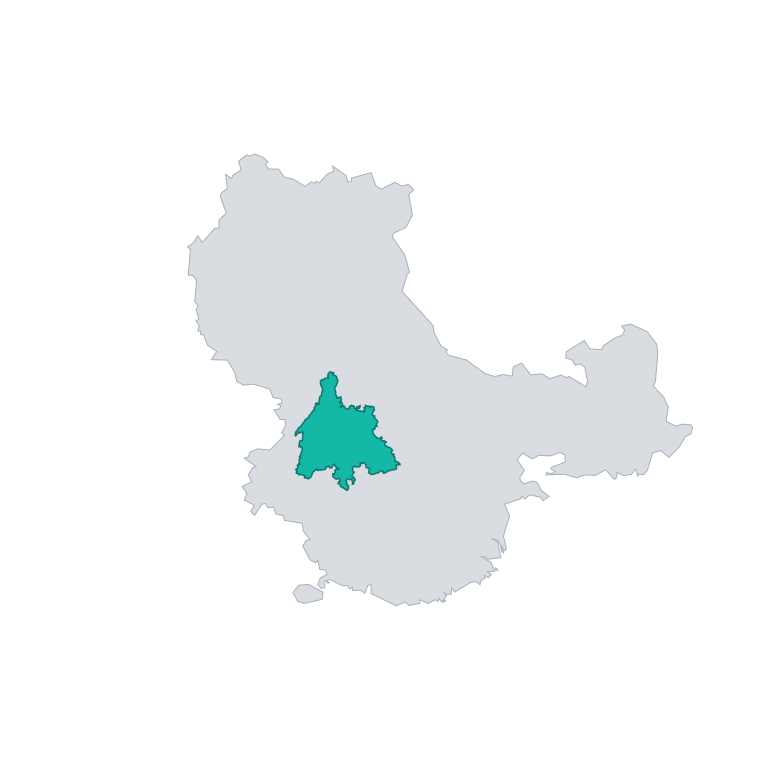 Sichuan highlighted on a map of China, rotated 43°
{"feature_id": "CHN-1809", "entity_name": "Sichuan", "entity_type": "Province", "adm_level": 1, "iso_a3": "CHN", "parent_name": "China", "parent_adm1": "", "projection": "orthographic", "projection_center": [103.034, 30.167], "detail": "fine", "context": "in_parent", "style": "filled", "palette": "teal", "viewbox_px": 768, "rotation_deg": 43, "n_neighbors": 0, "source": "natural_earth", "source_scale": "10m", "svg_char_len": 9813}
<svg xmlns="http://www.w3.org/2000/svg" viewBox="0 0 768 768"><g transform="rotate(43 384 384)"><path d="M450.1,563.1L435.1,557.9L433.6,551.6L436.2,548.2L425.5,546.7L419.1,541.7L404.1,551.7L400.4,548.8L393.2,552.9L387.4,549.2L383.5,553.7L378.8,552.3L376.7,555.1L378.9,568.5L373.4,567.9L371.6,561.1L360.9,564.2L358.4,557.5L350.0,555.7L354.0,546.0L346.8,543.0L345.0,534.2L346.8,531.6L332.6,533.6L334.3,529.8L332.5,524.8L336.0,517.4L345.5,510.3L346.2,489.4L342.4,489.5L340.5,482.1L336.0,477.5L332.2,480.8L321.1,477.8L324.6,473.7L323.2,470.1L319.9,471.5L322.5,467.6L319.2,465.0L312.1,469.6L304.2,465.6L289.0,472.8L282.1,480.6L274.5,482.5L267.4,477.5L253.2,473.3L241.2,483.9L239.5,474.1L228.6,476.1L218.6,471.1L216.1,472.9L213.6,470.2L211.8,472.4L209.2,467.5L203.5,466.1L204.4,462.8L195.5,457.4L194.8,453.4L189.5,452.9L176.5,436.3L170.3,434.9L166.6,437.9L150.5,417.4L146.9,417.8L148.4,410.0L146.7,402.5L154.5,404.5L154.0,385.4L157.1,382.4L151.7,376.8L152.0,366.5L136.3,358.4L134.7,355.0L136.1,347.8L125.1,338.7L132.4,337.5L131.2,334.4L133.5,324.9L125.6,320.1L127.4,310.0L130.1,309.1L132.6,303.9L141.2,300.7L147.7,300.6L147.5,304.6L153.0,305.4L160.3,298.8L170.6,300.7L177.5,296.2L191.5,293.3L193.0,285.9L196.7,284.2L196.0,281.9L199.7,281.2L199.2,269.6L202.2,262.7L197.9,259.7L214.0,257.4L220.0,261.2L221.7,257.9L219.8,255.5L230.4,238.3L243.2,244.8L249.4,243.0L254.5,228.9L261.7,227.4L265.8,221.4L273.2,221.6L273.0,228.7L289.6,241.2L293.3,254.7L288.3,266.6L289.5,270.6L311.6,275.7L326.5,284.8L326.0,287.6L334.0,303.9L379.9,307.8L385.8,312.4L400.0,317.3L407.2,315.7L407.2,318.3L411.7,319.0L427.7,310.3L450.8,307.5L460.0,302.9L464.7,295.8L472.4,290.8L466.9,283.3L470.3,274.8L485.2,277.3L492.5,268.9L501.8,267.1L507.4,256.5L513.6,254.9L514.0,252.2L533.5,248.4L531.0,243.1L519.3,234.8L513.5,235.6L510.9,239.9L505.7,238.0L499.2,240.9L495.3,236.1L500.8,215.6L510.7,218.0L519.9,210.2L518.3,206.4L521.7,192.0L525.2,185.7L523.2,180.5L518.4,179.5L523.3,172.2L540.6,166.2L556.3,168.9L563.7,175.3L580.8,197.1L582.1,201.7L597.7,203.0L607.5,206.9L615.7,219.0L626.3,215.8L629.3,210.1L636.1,204.8L639.3,205.3L642.4,211.0L640.3,216.9L642.9,229.3L642.4,243.4L632.0,243.9L627.4,251.2L635.4,267.3L635.8,273.2L631.4,276.5L632.9,278.5L626.1,274.5L626.6,281.2L621.8,287.5L614.7,289.9L618.0,293.8L617.6,296.6L604.6,295.5L601.0,306.4L592.9,313.6L589.0,321.0L577.3,327.2L564.4,340.1L563.5,337.9L568.2,334.8L568.7,331.3L563.9,332.2L563.4,330.3L569.9,317.4L564.8,312.4L559.2,314.3L554.7,323.2L546.0,330.4L543.5,337.8L532.6,339.9L532.8,348.6L545.5,351.5L547.1,360.0L550.6,361.9L555.0,361.0L558.5,354.0L562.7,351.5L571.8,354.6L581.4,353.6L579.8,361.0L575.7,360.1L566.0,365.8L565.5,372.1L561.1,371.9L562.5,374.4L554.1,389.7L565.9,395.0L574.9,413.6L586.1,421.2L585.8,423.8L572.7,420.9L568.2,423.7L574.9,422.0L587.9,431.3L579.8,441.0L575.3,441.8L573.0,444.0L583.6,441.5L592.7,445.3L587.7,451.0L592.3,450.1L592.5,454.5L587.8,455.4L590.5,457.1L589.0,461.3L591.0,465.3L586.2,465.6L582.6,470.1L577.6,488.0L572.6,486.9L576.4,491.9L572.4,495.9L568.9,495.6L574.1,496.3L575.1,503.7L570.3,503.7L571.8,506.2L568.5,506.9L565.9,514.5L557.3,517.5L559.9,520.0L553.3,528.9L548.2,528.8L544.2,537.9L517.5,546.1L511.5,539.5L509.5,542.0L512.6,550.1L507.4,550.8L502.1,556.5L499.4,554.3L499.0,557.2L494.9,556.2L491.2,560.0L477.9,563.6L475.2,568.6L479.5,573.5L477.7,576.3L472.4,575.8L469.6,569.2L472.4,562.2L468.1,559.9L463.5,563.4L455.7,558.0L456.1,561.3L450.1,563.1ZM481.3,577.9L485.7,583.5L475.5,598.7L469.2,601.8L459.6,598.5L458.9,589.3L465.5,582.0L481.3,577.9ZM587.3,426.1L583.7,426.0L580.2,423.4L582.8,423.6L587.3,426.1ZM594.4,442.6L591.9,443.7L591.1,442.2L594.4,442.6ZM577.1,500.9L575.9,503.1L575.8,500.5L577.1,500.9ZM476.6,567.8L479.3,566.6L479.1,568.0L476.6,567.8Z" fill="#d9dde1" stroke="#a8b0b8" stroke-width="1"/><path d="M450.7,432.2L449.1,432.6L449.7,433.6L448.9,433.8L448.1,435.3L448.3,435.6L450.5,436.9L450.9,437.5L450.9,438.2L450.3,438.9L449.9,440.0L449.4,440.6L448.1,441.1L447.6,443.3L446.2,444.3L446.3,444.8L446.0,446.6L445.3,447.7L445.5,448.1L445.3,448.7L444.2,449.7L443.9,449.6L443.1,448.6L442.4,449.2L441.1,449.3L440.6,449.9L440.3,450.6L440.8,451.5L440.7,452.1L440.1,453.2L439.6,453.5L438.2,456.8L436.2,459.1L435.5,459.0L433.7,459.4L433.0,459.3L432.2,457.8L431.8,456.6L431.0,455.8L430.5,456.1L429.8,456.0L429.5,456.6L428.5,456.8L427.8,457.3L426.5,455.9L424.2,455.3L423.4,454.8L423.0,455.0L422.3,456.1L422.4,456.8L421.4,456.8L421.3,457.1L421.5,457.6L420.5,458.1L420.7,458.5L422.6,459.9L422.3,460.7L422.3,461.7L420.8,462.5L420.5,463.5L420.0,463.5L419.6,463.9L418.9,464.0L417.9,465.4L418.0,466.4L418.2,466.8L419.1,467.2L419.2,468.3L419.7,468.6L421.8,469.2L422.1,468.8L422.4,468.8L422.8,472.3L423.4,473.2L424.3,473.4L425.6,472.7L426.8,473.3L427.6,473.3L428.3,473.7L428.7,475.9L429.9,477.5L429.8,478.1L429.2,478.8L428.9,477.9L427.7,477.3L425.4,475.4L424.9,476.1L424.6,477.2L423.4,477.5L422.7,477.3L422.3,477.6L422.1,478.3L421.7,478.7L422.1,479.3L422.1,480.7L424.4,481.5L424.7,482.8L426.0,482.9L427.1,482.5L427.8,482.8L428.0,483.0L428.2,483.8L429.2,484.5L429.7,486.6L428.5,487.4L427.0,487.2L426.4,487.6L425.0,487.7L424.3,488.1L423.4,488.1L422.2,488.7L420.8,487.5L420.4,487.4L419.2,487.7L418.4,488.2L417.6,486.6L418.0,485.8L418.2,484.8L417.3,484.8L417.0,484.1L415.7,483.8L414.8,484.2L414.6,485.5L413.9,486.2L412.7,486.5L411.9,486.3L410.7,486.8L409.5,486.3L408.1,485.1L407.9,484.4L409.1,483.8L408.6,482.7L408.8,482.1L408.3,481.5L407.4,481.2L407.1,480.7L407.0,478.4L408.3,478.0L409.0,477.3L408.3,477.0L407.4,477.2L406.9,476.9L406.7,477.1L405.2,477.5L404.7,477.2L403.9,477.5L402.9,477.3L402.8,476.7L402.0,478.5L403.0,481.0L401.3,482.4L400.4,481.7L399.6,482.0L399.3,482.8L398.4,483.4L398.2,484.5L398.7,484.6L399.0,485.4L399.6,485.2L399.1,485.7L398.9,486.9L398.4,488.0L396.5,489.4L396.7,490.1L395.8,490.3L394.8,492.2L393.4,492.6L393.0,492.1L392.2,493.7L392.5,495.6L392.1,496.9L392.3,497.3L392.4,498.2L393.2,499.4L393.8,501.4L393.8,502.2L394.1,502.7L393.9,503.3L393.4,503.6L393.5,504.6L393.3,505.1L392.9,505.3L392.1,505.1L389.9,506.8L389.2,506.3L389.3,505.3L388.7,504.9L388.0,505.4L386.9,505.7L386.2,506.4L385.2,506.7L383.7,508.5L381.6,508.3L380.8,509.0L380.0,508.3L379.8,507.3L378.8,506.6L378.2,506.9L377.8,506.8L377.8,505.8L378.5,505.3L378.5,504.9L377.5,503.4L376.4,502.9L376.0,502.4L376.9,500.8L377.0,499.9L376.7,499.8L376.2,500.4L375.9,500.4L375.4,498.8L373.3,496.8L373.1,496.3L373.5,495.0L373.5,494.7L372.7,494.6L372.0,494.9L371.7,494.8L371.4,492.5L370.9,491.6L370.3,491.1L370.3,490.2L368.1,486.3L367.6,486.1L366.8,487.0L365.6,486.6L364.4,488.0L364.1,487.6L364.0,486.3L363.1,485.9L361.8,484.1L361.3,482.5L362.8,481.8L362.7,480.6L361.1,479.0L360.6,477.7L359.5,477.2L359.3,476.3L358.3,475.4L358.2,474.2L357.1,474.6L356.8,475.4L356.3,475.9L355.8,477.4L354.6,477.8L354.4,478.0L354.6,478.8L354.5,480.3L354.8,481.3L354.5,482.9L354.3,482.1L353.2,481.0L353.2,480.6L352.7,480.2L352.1,479.0L352.3,478.2L352.3,477.1L351.8,476.2L351.5,474.1L351.9,472.5L351.8,469.3L351.4,468.3L351.3,465.1L350.7,464.0L351.1,462.6L351.0,462.0L351.6,460.8L351.4,459.1L350.9,458.0L350.8,454.1L350.5,453.7L350.5,452.6L350.3,451.6L350.9,450.8L349.2,448.9L349.0,448.6L349.4,447.5L348.6,446.7L348.3,445.8L347.4,445.3L347.5,445.0L347.6,443.8L347.9,443.5L348.3,443.5L349.1,444.6L350.4,443.1L347.5,440.0L347.1,439.0L345.8,437.3L345.8,436.5L346.1,436.1L346.2,435.2L344.8,433.4L343.9,431.8L343.8,430.6L342.6,429.9L341.9,429.1L338.4,427.8L337.8,427.0L337.4,427.0L336.1,426.0L335.7,425.2L335.5,423.5L335.9,422.8L337.0,422.2L336.8,420.9L337.0,420.0L338.4,418.4L339.3,418.1L339.6,417.6L337.4,416.6L337.1,415.5L336.5,415.2L336.2,414.7L336.4,413.3L336.1,412.2L336.4,411.6L338.7,411.0L339.0,410.2L339.6,410.1L339.9,410.7L340.1,412.0L341.4,411.7L343.0,410.9L345.0,411.3L345.5,412.3L347.0,412.3L349.1,414.7L348.8,415.3L349.9,416.9L350.2,418.6L350.2,419.3L351.1,421.0L354.4,422.9L355.3,424.5L357.7,425.2L359.4,426.4L359.7,426.2L360.2,424.2L360.9,423.9L361.2,422.9L361.4,423.0L361.9,423.9L363.1,424.1L364.1,425.3L364.2,426.4L363.7,427.4L364.0,427.7L364.8,427.8L365.1,426.7L366.6,426.4L367.5,427.3L368.3,428.8L367.3,430.0L367.9,430.8L368.7,430.2L369.1,428.4L369.5,427.9L369.5,427.4L371.1,427.6L372.0,428.1L373.5,427.5L374.1,427.6L374.6,427.4L375.3,425.8L375.2,425.2L374.4,424.6L374.2,424.1L374.3,423.0L374.8,421.7L376.3,421.1L376.8,421.4L377.1,420.8L377.5,420.7L378.3,421.2L379.2,422.2L379.5,422.1L380.4,420.4L379.8,419.7L379.8,419.0L380.1,418.5L380.8,417.9L381.2,416.2L382.1,417.0L382.1,417.6L382.5,418.4L382.1,419.6L381.4,420.6L381.7,421.4L381.7,422.2L383.1,421.1L384.2,421.0L384.7,420.0L385.7,419.7L386.2,419.0L387.2,418.7L388.0,418.1L387.9,417.9L388.2,418.0L387.9,417.3L388.2,417.1L386.9,416.2L386.6,415.7L386.8,414.8L386.2,414.8L386.6,414.5L385.8,413.9L386.0,413.6L385.0,412.2L386.1,411.7L387.1,411.8L388.0,410.6L389.8,410.4L389.8,410.1L389.2,409.8L389.3,409.5L390.5,408.9L391.1,408.2L392.6,407.8L393.6,408.9L394.9,409.7L395.0,412.3L395.4,412.9L395.4,413.8L395.8,414.1L396.5,414.4L397.4,414.4L399.0,413.7L399.2,413.8L398.8,414.8L398.9,415.1L400.0,415.0L401.3,415.5L402.8,415.3L404.6,415.5L405.2,415.8L405.4,416.4L405.5,417.7L406.7,419.2L407.7,419.7L406.6,420.2L406.8,421.3L408.0,423.2L407.7,424.1L407.1,424.2L406.8,424.6L406.7,425.4L407.0,425.7L408.0,426.0L409.8,427.6L412.3,427.9L413.1,428.3L414.6,428.0L415.3,428.5L416.1,427.7L416.9,427.9L418.5,426.7L418.6,426.3L417.9,425.3L418.2,424.8L418.7,424.5L419.1,424.4L419.8,425.8L420.0,426.7L420.4,427.1L421.6,426.3L422.4,426.4L423.1,425.3L425.2,424.9L425.4,425.2L425.0,426.3L425.0,426.9L425.6,427.6L426.8,428.3L427.4,428.2L428.3,427.6L430.9,427.1L431.9,426.3L433.1,426.5L435.1,426.5L435.7,427.0L435.5,428.7L435.6,428.9L437.5,429.7L438.7,428.7L439.4,428.6L439.6,430.1L441.7,430.2L443.0,431.2L443.8,432.2L445.1,433.0L445.4,433.0L445.5,432.4L445.8,432.1L447.2,431.9L447.9,431.5L450.1,431.5L450.7,432.2Z" fill="#14b8a6" stroke="#0f766e" stroke-width="1.5"/></g></svg>